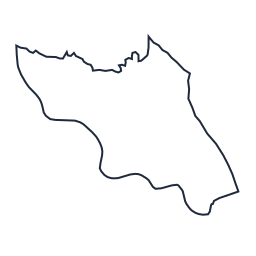 the district of Kangdong, P'yŏngyang, North Korea, rotated 173°
{"feature_id": "82179303B54519262383509", "entity_name": "Kangdong", "entity_type": "district", "adm_level": 2, "iso_a3": "PRK", "parent_name": "North Korea", "parent_adm1": "P'yŏngyang", "projection": "albers", "projection_center": [126.182, 39.082], "detail": "fine", "context": "isolated", "style": "outline", "palette": "slate", "viewbox_px": 256, "rotation_deg": 173, "n_neighbors": 0, "source": "geoboundaries", "source_scale": "gbopen_adm2", "svg_char_len": 1669}
<svg xmlns="http://www.w3.org/2000/svg" viewBox="0 0 256 256"><g transform="rotate(173 128 128)"><path d="M160.4,90.1L159.9,88.4L157.1,84.2L154.3,81.8L150.6,80.2L147.7,79.7L143.9,79.5L131.3,81.6L126.3,81.6L123.2,80.9L120.4,79.5L115.8,75.8L113.8,73.6L110.5,66.6L108.1,64.3L102.1,64.1L91.6,65.7L86.4,65.7L84.9,64.8L81.8,59.7L81.3,58.2L80.2,48.5L79.4,45.9L77.2,41.7L75.3,38.9L74.0,37.7L71.4,35.6L68.3,34.0L64.2,32.8L59.1,32.6L58.7,33.1L57.0,35.0L55.0,41.2L54.3,42.2L53.0,42.3L51.5,45.2L45.6,47.4L26.2,51.5L27.2,56.2L28.1,60.0L30.0,69.4L32.9,78.9L36.7,89.2L42.5,101.5L50.1,112.9L55.9,126.1L59.7,131.7L61.6,140.2L64.5,149.7L62.6,159.1L62.6,167.6L59.9,174.6L65.4,179.1L71.7,187.6L76.4,192.7L79.6,197.8L84.3,201.2L87.5,206.3L92.2,209.7L94.9,213.8L96.4,216.2L97.8,205.3L99.6,198.5L100.4,197.4L106.6,193.2L109.4,193.0L108.7,199.3L111.3,202.5L114.4,202.0L115.4,198.8L115.7,196.0L118.8,197.4L122.3,196.0L122.3,193.2L123.3,190.1L126.4,191.5L129.3,191.3L127.9,188.3L127.9,185.5L130.7,184.3L133.6,185.5L136.7,187.6L143.4,187.4L149.4,189.2L155.8,189.2L156.0,192.3L157.4,195.3L160.5,196.5L163.7,199.2L164.8,202.0L170.9,205.8L172.5,209.1L176.0,206.5L178.9,207.4L179.5,210.9L184.1,204.9L187.5,205.4L190.9,207.2L200.4,208.7L206.9,212.9L210.1,216.1L213.1,214.1L216.5,215.9L219.1,219.2L225.0,220.9L228.8,223.4L229.5,214.1L229.8,204.1L229.5,201.2L227.6,194.0L224.0,185.6L221.4,180.7L214.9,172.1L212.4,167.8L211.2,164.6L210.5,161.1L209.7,153.6L208.0,150.1L204.1,146.3L199.1,144.9L179.8,141.8L174.8,139.5L171.8,137.2L163.9,128.0L160.5,123.1L159.1,120.1L157.5,115.9L156.5,111.9L156.3,107.9L157.1,103.8L159.5,96.8L160.9,91.4L160.4,90.1Z" fill="none" stroke="#1e293b" stroke-width="2"/></g></svg>